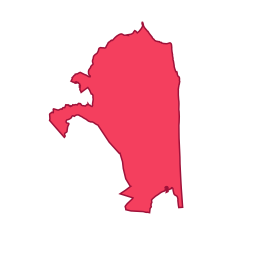 outline of Copala, Guerrero, Mexico, rotated 249°
{"feature_id": "50627088B65029652077397", "entity_name": "Copala", "entity_type": "district", "adm_level": 2, "iso_a3": "MEX", "parent_name": "Mexico", "parent_adm1": "Guerrero", "projection": "orthographic", "projection_center": [-98.906, 16.624], "detail": "fine", "context": "isolated", "style": "filled", "palette": "rose", "viewbox_px": 256, "rotation_deg": 249, "n_neighbors": 0, "source": "geoboundaries", "source_scale": "gbopen_adm2", "svg_char_len": 5773}
<svg xmlns="http://www.w3.org/2000/svg" viewBox="0 0 256 256"><g transform="rotate(249 128 128)"><path d="M192.2,91.6L190.6,93.0L190.3,93.5L190.1,94.0L189.8,94.3L189.4,94.2L188.7,94.8L188.8,95.3L188.7,95.5L189.0,95.4L189.2,95.5L189.6,95.7L189.8,95.9L189.8,96.2L189.2,96.4L188.9,96.7L188.8,97.3L188.7,97.5L188.3,97.8L188.1,97.8L187.8,97.7L187.7,97.7L187.6,97.9L187.1,98.2L186.9,98.3L186.2,98.7L185.7,98.6L185.6,98.2L185.4,98.0L185.1,98.4L184.8,98.4L184.6,98.6L184.3,98.6L184.2,98.5L184.0,97.9L183.9,97.3L183.8,97.2L183.7,97.2L183.3,97.4L183.0,97.7L182.9,97.6L181.7,97.2L181.3,96.9L180.1,96.9L179.6,97.1L178.8,97.0L178.0,97.0L179.2,101.1L180.2,105.0L177.3,105.7L172.9,105.9L172.5,106.6L171.9,106.9L170.8,106.9L169.1,106.2L168.1,106.0L167.1,105.7L165.1,104.6L163.8,103.8L162.7,103.3L161.9,103.1L161.3,102.6L161.1,102.3L161.0,102.1L161.4,101.9L161.4,101.7L162.0,101.0L162.4,100.8L162.7,100.8L162.8,100.4L164.0,99.6L165.1,99.4L164.7,99.2L164.4,99.0L164.2,98.6L164.6,98.0L164.5,97.8L164.2,97.0L163.8,96.3L163.8,96.0L164.6,94.7L165.3,93.3L166.1,92.7L166.9,92.7L167.3,92.3L167.8,92.3L168.7,90.7L168.4,89.9L167.8,88.9L168.5,87.8L168.7,87.1L168.8,85.8L169.3,85.1L169.5,84.8L169.1,84.4L169.0,83.9L168.7,83.5L168.7,83.3L168.7,83.1L169.0,82.9L169.0,82.7L168.8,82.6L168.8,82.4L169.0,82.3L168.7,82.1L168.7,81.9L169.2,81.6L169.4,81.6L169.4,81.3L169.5,81.1L169.8,81.0L170.0,81.1L170.1,81.3L170.4,81.0L170.5,80.7L170.8,80.7L170.7,80.2L170.9,80.1L171.0,79.9L171.4,79.7L171.5,79.2L172.0,78.3L171.8,78.1L171.4,78.1L171.3,77.7L169.8,76.3L169.7,76.2L170.3,74.7L170.0,74.0L169.7,73.6L169.4,73.5L169.3,73.4L169.2,73.1L169.2,72.9L169.8,72.4L169.7,69.2L172.5,65.5L172.5,65.2L171.8,64.7L171.6,64.7L171.1,64.6L170.2,64.3L169.7,63.9L169.3,63.9L169.2,63.8L169.1,63.6L169.3,63.3L169.6,63.2L169.9,63.0L170.0,62.8L169.9,62.2L169.5,61.2L169.5,60.7L169.2,60.1L168.8,59.7L164.5,58.4L164.0,58.0L163.7,57.9L163.2,57.5L142.1,65.2L142.3,65.6L142.8,66.3L143.2,66.5L144.3,66.4L144.8,66.5L145.6,67.1L145.9,67.7L146.1,69.1L146.6,69.8L148.2,70.6L148.8,71.0L150.3,71.8L151.3,72.6L152.6,74.0L153.0,74.3L153.5,74.3L153.8,74.0L154.5,72.8L154.9,72.5L155.2,72.4L156.0,72.4L156.8,72.9L157.3,73.5L157.5,74.0L157.5,74.4L157.3,74.9L157.3,76.0L157.6,77.9L158.0,78.8L158.3,79.2L158.8,79.6L159.3,80.5L159.0,81.3L158.3,81.8L158.1,82.1L158.2,82.5L158.5,83.1L158.6,84.4L158.4,85.4L157.9,86.2L157.8,86.7L156.8,87.3L155.0,89.0L153.4,90.1L150.9,92.2L150.3,92.5L148.9,93.4L148.2,94.0L147.5,94.9L146.8,95.7L146.8,96.2L146.6,96.8L144.7,98.4L144.1,98.7L143.5,99.2L142.6,99.8L142.1,100.4L141.7,100.9L121.4,105.4L107.4,110.8L107.3,111.5L98.4,110.8L91.9,109.1L81.4,107.7L72.9,109.2L72.6,109.6L70.8,103.3L69.4,97.0L61.0,107.6L60.5,107.1L57.6,100.1L56.1,97.6L55.7,97.2L53.5,97.0L52.5,96.7L49.5,101.1L44.5,112.3L43.2,114.1L42.8,114.7L42.2,116.3L41.2,117.8L45.0,119.8L46.1,121.5L47.5,121.7L48.4,122.2L49.2,122.6L49.8,123.5L52.4,124.2L53.1,125.5L54.5,129.3L55.1,132.2L56.0,135.5L56.2,137.3L56.2,138.6L56.1,139.4L56.5,140.2L56.9,140.4L57.1,141.2L57.3,141.6L57.6,141.8L57.9,143.1L58.2,143.5L58.7,143.5L58.9,143.4L59.1,143.2L59.1,142.1L59.0,141.7L58.8,141.4L58.8,141.2L59.0,141.2L59.3,141.5L59.5,141.8L59.6,142.2L59.5,142.9L59.2,143.5L58.9,143.8L58.4,143.9L57.6,143.9L57.1,143.4L56.9,142.9L56.1,141.8L55.6,141.4L54.2,140.6L54.2,141.1L54.4,142.6L55.4,143.0L55.8,143.4L55.8,145.0L56.1,145.6L55.8,146.3L55.9,146.7L56.4,146.9L56.7,147.2L56.5,147.8L55.7,148.2L55.3,148.2L53.3,147.7L50.2,147.3L49.2,147.5L48.5,147.9L47.5,148.8L46.7,149.3L45.7,149.4L43.9,149.2L42.2,148.5L38.0,147.4L35.5,146.9L34.4,150.6L53.2,156.3L61.3,158.9L75.6,163.6L82.2,166.0L89.7,168.5L100.2,172.0L112.1,176.4L115.1,177.8L120.4,180.0L122.8,180.8L124.8,181.5L126.9,182.0L132.2,184.2L134.5,185.0L136.5,185.5L140.7,186.8L145.1,188.5L146.1,188.8L146.8,189.2L147.0,189.4L147.5,189.6L148.2,190.0L149.9,191.0L150.9,191.8L151.6,192.1L152.7,192.9L153.7,193.0L155.7,193.8L156.6,194.0L157.6,193.9L158.0,193.5L158.4,193.3L159.8,193.2L161.2,193.4L161.4,193.6L163.1,193.7L163.2,192.9L163.8,192.8L166.7,192.9L168.7,193.1L170.0,193.5L174.2,194.4L175.9,194.5L176.9,195.0L179.3,195.4L179.7,195.5L180.3,195.8L183.4,196.4L186.0,197.1L187.5,197.7L190.0,198.4L191.0,198.5L191.9,198.2L192.3,197.9L192.5,197.5L192.7,194.8L193.0,193.8L193.7,192.5L193.9,191.8L194.5,191.0L195.4,189.8L195.9,189.8L196.2,189.4L196.3,189.0L196.6,188.6L196.8,188.4L197.3,188.3L197.7,187.8L197.7,187.3L197.8,187.0L198.3,186.6L198.9,185.5L200.2,184.3L200.9,184.1L201.5,184.0L201.7,183.7L203.6,183.0L204.1,183.1L205.1,182.8L207.9,181.9L209.9,181.4L210.4,181.4L211.1,181.2L211.2,180.9L212.3,180.6L214.5,179.8L215.7,179.4L217.6,179.1L220.4,179.5L221.4,179.5L221.6,179.2L221.4,179.0L220.7,178.6L218.0,178.3L216.1,176.1L214.3,173.1L213.5,170.7L215.4,170.1L216.5,169.2L215.7,167.8L214.8,166.8L214.4,164.7L215.2,160.9L214.5,161.1L215.4,159.4L216.0,157.6L217.6,156.3L218.3,155.3L218.4,153.4L217.9,150.6L217.1,148.4L215.6,145.4L215.4,144.3L215.7,144.0L215.9,143.9L215.5,142.6L215.1,141.8L215.1,141.2L214.9,140.5L214.6,139.9L214.2,139.6L211.9,136.8L211.0,136.0L211.0,135.2L211.1,134.7L211.8,133.5L212.0,132.8L212.5,131.9L212.8,131.5L212.9,131.0L212.9,130.1L212.8,129.7L212.3,129.0L212.0,128.8L211.5,128.5L210.6,127.9L209.5,126.7L208.9,125.9L208.7,125.3L208.4,123.9L208.3,123.5L208.1,123.2L207.7,122.3L207.3,121.6L206.1,120.8L205.5,120.5L203.8,119.1L203.3,118.9L202.6,118.6L200.7,118.4L200.3,118.3L200.1,118.1L199.8,117.8L199.5,116.5L198.7,115.3L197.8,114.6L196.6,112.7L196.1,112.1L195.1,111.4L193.0,110.7L192.4,110.7L191.1,110.8L190.2,111.4L189.7,111.3L189.4,111.0L189.9,109.9L190.9,108.9L192.1,108.2L193.6,106.5L197.0,103.4L197.1,102.5L196.7,100.3L197.0,99.1L197.1,98.0L196.7,97.9L196.3,96.5L195.7,95.3L195.5,95.2L195.0,93.8L194.2,93.7L193.8,93.4L193.0,92.5L192.5,92.2L192.2,91.6Z" fill="#f43f5e" stroke="#9f1239" stroke-width="1.5"/></g></svg>